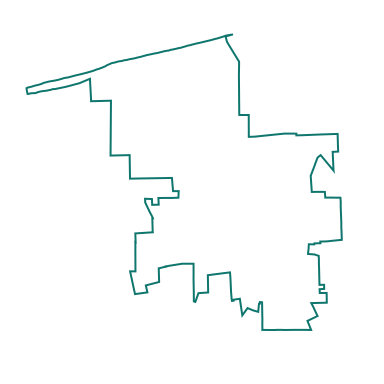 Dzemul, Yucatán, Mexico, rotated 353°
{"feature_id": "50627088B35219806779119", "entity_name": "Dzemul", "entity_type": "district", "adm_level": 2, "iso_a3": "MEX", "parent_name": "Mexico", "parent_adm1": "Yucatán", "projection": "orthographic", "projection_center": [-89.351, 21.252], "detail": "fine", "context": "isolated", "style": "outline", "palette": "teal", "viewbox_px": 384, "rotation_deg": 353, "n_neighbors": 0, "source": "geoboundaries", "source_scale": "gbopen_adm2", "svg_char_len": 4180}
<svg xmlns="http://www.w3.org/2000/svg" viewBox="0 0 384 384"><g transform="rotate(353 192 192)"><path d="M102.9,89.6L122.7,91.5L115.6,145.9L134.6,147.8L132.1,171.2L146.5,172.7L173.8,175.6L173.3,188.8L178.9,189.5L177.8,196.0L171.8,195.5L164.6,194.6L157.9,193.9L157.4,200.5L150.9,199.9L151.4,194.1L144.6,193.0L144.3,196.7L147.4,206.1L149.6,211.9L150.0,213.4L149.4,213.4L148.4,223.9L148.2,225.6L148.2,227.2L130.7,226.2L129.9,235.2L129.6,235.0L129.1,240.2L129.0,240.3L126.2,263.9L120.9,263.2L122.3,278.9L122.3,279.0L123.0,286.4L135.5,286.2L134.8,279.1L148.4,277.3L149.4,266.7L149.7,263.7L156.0,263.0L157.0,263.0L156.9,262.6L173.3,262.0L184.8,263.4L183.4,275.0L182.9,278.7L181.6,291.4L180.5,300.8L181.9,301.5L186.1,293.2L190.5,293.4L193.9,293.6L195.8,293.7L197.6,276.5L219.9,276.4L219.8,279.3L219.5,284.2L218.6,295.8L218.5,298.5L218.3,302.9L218.4,305.0L219.9,305.0L219.8,304.0L226.0,303.8L226.5,303.8L226.6,309.2L226.9,320.6L233.0,314.0L238.1,316.9L243.1,319.0L244.9,311.0L245.7,311.1L246.1,309.5L248.1,310.0L247.9,312.0L246.7,323.2L246.5,325.4L246.3,327.3L245.9,330.1L245.7,331.8L245.4,334.2L245.3,335.5L245.2,336.6L245.0,337.5L258.6,339.2L258.8,339.1L262.0,339.5L267.2,340.2L267.4,340.3L271.4,340.7L273.8,341.0L274.0,341.0L278.9,341.6L283.9,342.2L293.4,343.4L290.9,334.0L294.5,332.8L301.5,330.4L300.4,327.1L299.3,323.8L298.7,321.8L296.9,316.8L312.3,318.3L312.4,317.2L312.9,312.8L313.1,310.9L313.3,308.6L306.5,307.8L306.8,304.0L311.4,304.3L311.8,300.2L307.2,299.7L308.4,287.5L308.5,286.5L308.6,285.4L309.0,281.5L309.0,281.2L309.2,278.9L309.6,275.4L309.8,273.8L309.8,273.5L310.0,270.8L308.0,269.9L306.5,269.2L306.3,269.0L306.0,268.9L304.8,268.7L303.8,268.5L299.6,267.6L299.9,266.2L300.7,263.0L301.0,261.3L301.6,258.1L307.0,258.9L307.2,257.9L313.2,258.5L313.3,256.8L319.1,257.4L322.3,257.5L324.6,257.5L333.3,257.7L334.8,257.8L334.9,257.4L335.7,248.1L336.0,244.0L336.2,243.0L336.4,241.4L337.5,228.2L337.9,223.8L338.2,221.8L338.4,219.9L338.6,216.7L338.7,215.8L338.6,215.7L338.4,215.7L328.4,214.4L323.6,213.8L323.9,208.1L319.3,207.5L315.8,207.1L310.9,206.5L311.8,190.4L312.4,189.3L314.7,184.9L317.3,180.0L317.6,179.3L320.0,174.7L320.8,173.2L321.8,172.5L324.2,171.1L325.1,172.5L335.1,188.0L335.1,187.7L335.2,186.3L335.3,185.1L335.4,183.7L335.5,182.4L335.7,179.9L335.8,178.6L335.9,177.2L336.0,175.9L336.1,174.7L336.2,173.3L336.4,171.3L336.5,169.3L342.0,169.7L342.6,162.9L343.6,152.1L331.3,151.0L329.3,150.8L309.8,149.2L302.5,148.5L302.7,146.8L293.3,145.6L290.7,145.3L261.0,144.7L255.1,144.2L257.7,122.5L248.3,121.3L252.8,81.8L254.4,70.3L254.6,68.3L246.2,49.9L245.0,47.1L244.3,41.7L250.7,40.7L251.9,40.6L248.3,40.7L246.8,40.8L244.7,40.9L244.2,41.0L243.2,41.3L240.8,41.8L237.7,42.3L235.7,42.7L233.6,42.9L229.0,43.6L224.5,44.1L218.4,44.8L216.5,45.0L215.7,45.0L215.1,45.1L213.3,45.3L211.4,45.6L210.4,45.6L208.6,46.0L206.8,46.1L205.2,46.3L202.4,46.8L200.5,47.1L197.4,47.6L196.3,47.5L195.4,47.7L193.7,47.9L192.2,48.0L190.7,48.2L187.9,48.3L186.7,48.7L185.6,48.8L184.2,48.7L182.4,48.9L181.4,48.9L180.8,48.9L180.0,49.2L179.0,49.2L177.2,49.5L176.7,49.5L175.7,49.7L174.4,49.8L174.0,49.9L172.1,49.9L171.1,50.0L169.7,50.1L167.9,50.3L166.4,50.4L164.4,50.6L163.3,50.6L162.6,50.9L161.1,51.0L159.9,51.2L158.2,51.5L156.7,51.7L156.0,51.7L155.3,51.8L153.5,52.0L151.6,52.3L148.1,52.5L144.9,52.7L144.3,52.9L142.6,53.0L141.9,53.0L141.4,53.0L140.4,53.0L139.5,53.2L138.7,53.4L137.7,53.4L136.2,53.4L135.2,53.5L134.3,53.5L133.3,53.7L131.2,54.1L130.2,54.1L129.1,54.2L128.2,54.3L127.5,54.5L126.9,54.6L125.9,55.0L123.6,55.6L121.8,56.4L120.6,56.9L119.3,57.1L118.5,57.5L117.1,57.8L115.9,58.0L114.8,58.4L112.6,58.7L111.3,59.0L110.3,59.3L109.5,59.5L107.8,59.8L105.7,60.2L102.4,60.7L96.4,61.5L91.4,62.0L87.1,62.6L82.9,63.2L81.2,63.2L79.2,63.3L73.3,64.3L69.2,64.7L65.9,64.8L64.2,64.9L61.8,65.1L60.3,65.4L58.0,65.6L56.5,66.2L54.7,66.5L52.9,66.9L49.7,67.2L47.7,67.5L45.7,67.9L43.3,68.2L41.5,68.3L41.0,68.7L40.4,68.8L40.4,70.3L40.5,71.7L40.5,72.5L40.7,73.9L40.7,74.6L42.0,74.7L44.0,74.4L44.9,74.4L47.3,74.6L48.3,74.8L49.4,74.6L51.3,74.1L54.6,73.7L58.4,73.7L59.6,73.7L64.9,73.3L65.8,73.0L66.8,72.9L67.8,73.1L68.9,73.1L79.8,72.2L93.5,70.3L104.5,67.2L103.2,86.4L102.9,89.6Z" fill="none" stroke="#0f766e" stroke-width="2"/></g></svg>